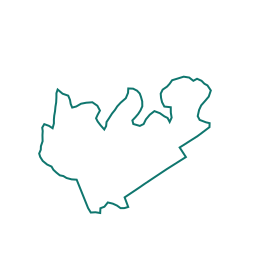 outline of Arvoredo, Santa Catarina, Brazil, rotated 60°
{"feature_id": "56859067B69184854266350", "entity_name": "Arvoredo", "entity_type": "district", "adm_level": 2, "iso_a3": "BRA", "parent_name": "Brazil", "parent_adm1": "Santa Catarina", "projection": "orthographic", "projection_center": [-52.454, -27.062], "detail": "fine", "context": "isolated", "style": "outline", "palette": "teal", "viewbox_px": 256, "rotation_deg": 60, "n_neighbors": 0, "source": "geoboundaries", "source_scale": "gbopen_adm2", "svg_char_len": 1597}
<svg xmlns="http://www.w3.org/2000/svg" viewBox="0 0 256 256"><g transform="rotate(60 128 128)"><path d="M164.6,54.9L162.1,57.6L156.8,61.9L152.6,61.7L147.9,57.4L145.0,53.3L142.9,47.1L141.2,42.4L136.9,37.5L130.8,37.9L127.9,39.7L123.9,40.7L119.9,43.6L119.8,47.8L114.9,49.8L111.4,54.1L110.0,60.3L108.7,65.9L110.6,70.0L111.7,73.5L112.1,78.8L114.6,82.5L118.4,84.3L122.7,85.6L127.6,85.8L131.4,80.6L136.2,83.3L140.8,85.0L143.6,88.9L139.1,88.7L136.1,90.7L131.1,93.0L126.6,96.7L127.4,102.5L129.5,108.2L132.4,112.5L132.1,116.7L127.2,121.4L123.6,120.4L122.3,116.0L120.9,112.1L119.0,108.4L116.4,104.8L112.1,102.4L107.5,101.2L104.0,100.6L100.2,101.5L96.5,103.9L93.9,108.0L97.6,110.4L101.1,115.0L102.4,121.7L103.9,126.5L105.9,130.4L107.5,134.6L109.9,139.2L112.1,143.6L115.4,146.0L117.4,149.3L111.9,150.4L107.2,151.0L103.6,150.8L101.4,147.7L98.9,143.6L93.4,143.4L87.9,146.0L85.2,151.6L83.5,156.5L83.5,162.1L82.4,166.1L78.5,165.6L74.7,164.2L70.1,163.6L65.6,167.5L59.5,169.7L62.1,172.6L65.7,174.7L69.9,177.4L73.3,180.2L77.1,182.9L80.4,185.7L83.7,188.0L87.0,189.9L90.5,193.4L86.6,195.4L82.8,198.6L84.8,202.1L88.0,203.4L91.5,205.7L96.8,208.6L100.2,212.5L103.2,214.4L105.7,217.7L109.2,218.5L113.9,218.3L119.2,216.3L123.2,213.5L126.9,213.5L130.8,212.3L134.9,210.7L137.3,208.0L140.6,206.2L144.3,202.5L147.1,198.3L177.4,202.6L182.6,202.5L184.7,198.3L187.7,194.6L183.7,192.0L184.4,187.8L182.4,182.7L185.9,179.0L189.7,176.3L193.7,174.5L195.6,171.1L196.5,167.3L186.4,165.6L185.2,147.5L184.7,141.7L183.0,115.0L182.1,92.4L170.7,93.0L169.8,71.8L168.0,57.0L164.6,54.9Z" fill="none" stroke="#0f766e" stroke-width="2"/></g></svg>